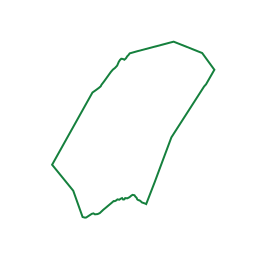 Caraúbas, Rio Grande do Norte, Brazil (Equal Earth projection), rotated 26°
{"feature_id": "56859067B59174850425629", "entity_name": "Caraúbas", "entity_type": "district", "adm_level": 2, "iso_a3": "BRA", "parent_name": "Brazil", "parent_adm1": "Rio Grande do Norte", "projection": "equal_earth", "projection_center": [-37.578, -5.774], "detail": "fine", "context": "isolated", "style": "outline", "palette": "green", "viewbox_px": 256, "rotation_deg": 26, "n_neighbors": 0, "source": "geoboundaries", "source_scale": "gbopen_adm2", "svg_char_len": 971}
<svg xmlns="http://www.w3.org/2000/svg" viewBox="0 0 256 256"><g transform="rotate(26 128 128)"><path d="M75.9,194.3L106.3,208.4L126.2,227.9L128.7,227.4L129.7,226.7L133.1,221.0L134.4,219.9L136.1,220.1L138.4,218.7L139.9,216.9L141.6,212.4L146.2,202.2L147.1,200.0L148.1,199.6L149.0,198.5L149.8,196.8L151.6,196.3L152.5,194.7L153.4,193.6L155.0,194.4L156.0,193.7L156.2,192.2L158.2,191.5L159.7,189.5L160.6,187.4L161.4,186.1L163.3,185.6L164.6,186.4L166.2,186.9L167.6,188.1L169.0,188.3L170.1,188.0L171.6,188.3L173.2,188.8L174.8,188.6L176.4,188.4L177.7,188.4L175.7,164.7L173.5,142.3L171.1,117.4L178.2,57.3L179.0,54.5L179.3,49.9L180.1,37.8L161.8,28.1L131.2,30.4L129.3,32.0L102.6,55.0L96.8,60.2L96.4,62.4L95.9,63.7L95.6,66.3L94.8,68.2L93.1,68.2L91.6,68.7L91.0,70.3L90.7,72.6L90.9,76.7L90.0,79.7L88.8,82.2L88.0,85.3L86.1,96.4L85.2,100.8L85.2,102.5L84.3,104.6L82.8,107.5L80.5,111.7L79.6,127.6L78.7,143.9L77.2,170.8L75.9,194.3Z" fill="none" stroke="#15803d" stroke-width="2"/></g></svg>